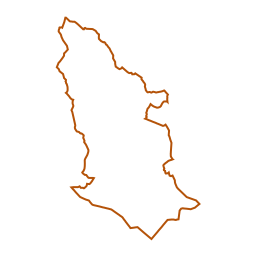 outline of Jølster nor, Sogn og Fjordane, Norway, rotated 89°
{"feature_id": "86288312B82743571298171", "entity_name": "Jølster nor", "entity_type": "district", "adm_level": 2, "iso_a3": "NOR", "parent_name": "Norway", "parent_adm1": "Sogn og Fjordane", "projection": "orthographic", "projection_center": [6.402, 61.569], "detail": "fine", "context": "isolated", "style": "outline", "palette": "amber", "viewbox_px": 256, "rotation_deg": 89, "n_neighbors": 0, "source": "geoboundaries", "source_scale": "gbopen_adm2", "svg_char_len": 5782}
<svg xmlns="http://www.w3.org/2000/svg" viewBox="0 0 256 256"><g transform="rotate(89 128 128)"><path d="M73.5,119.8L74.3,120.6L74.4,122.8L73.4,123.2L72.9,123.6L72.9,124.2L73.1,125.1L73.1,125.9L72.6,126.7L72.1,127.5L67.3,132.8L68.1,133.4L68.2,133.6L69.0,135.4L68.6,136.2L67.9,137.2L66.9,138.5L66.4,139.2L63.6,139.7L63.0,139.7L61.7,139.7L58.2,141.7L55.1,141.5L52.6,142.9L51.8,143.3L50.4,144.1L48.7,144.8L47.8,145.3L47.0,146.1L44.6,147.7L44.1,148.6L42.8,149.1L41.8,150.0L41.7,150.5L41.9,151.1L40.7,153.3L38.4,155.5L37.2,155.6L33.9,155.4L32.8,156.9L31.7,157.7L30.3,158.6L28.5,161.6L28.4,162.6L28.1,167.4L28.0,168.0L27.2,169.1L27.4,169.8L28.5,170.3L28.5,171.1L28.2,171.4L23.7,176.0L22.1,177.8L21.0,179.3L20.8,179.6L20.8,181.5L20.6,182.1L20.4,184.1L19.8,184.9L19.1,185.5L16.6,188.1L16.6,188.7L20.8,189.8L26.5,192.0L26.2,192.4L26.2,193.0L26.3,193.2L26.3,193.8L26.3,194.3L26.3,194.7L26.4,194.8L27.4,194.9L28.5,195.4L29.1,195.5L29.7,195.6L30.4,195.6L32.8,193.9L33.7,193.4L35.8,192.9L39.2,191.4L44.8,187.6L48.5,186.8L51.5,189.6L52.3,190.6L54.6,190.7L56.8,192.2L60.3,194.9L61.7,196.3L66.0,198.1L67.9,196.2L70.1,195.4L72.9,192.0L77.0,191.0L78.8,189.2L79.7,189.3L80.4,189.6L80.8,189.3L82.1,189.1L82.4,189.0L82.6,188.8L83.0,188.5L85.6,187.8L86.7,187.7L87.2,187.7L88.6,187.7L89.0,187.7L89.5,187.8L90.6,188.2L91.0,188.5L91.5,189.0L91.8,189.4L92.4,188.7L93.4,187.9L94.2,187.2L95.4,186.2L96.7,185.4L98.0,184.2L98.4,183.6L98.6,183.0L98.7,182.6L98.8,182.3L100.0,182.8L102.0,183.0L102.8,182.9L104.6,182.3L105.2,182.3L106.2,182.7L107.6,183.4L108.7,184.0L109.2,184.2L109.9,183.9L111.1,183.4L124.2,180.7L125.0,180.7L126.1,181.1L127.0,181.1L128.1,180.8L130.5,179.3L130.8,178.3L130.9,177.8L131.2,177.0L131.8,176.4L132.3,176.0L132.6,175.6L132.6,175.2L132.6,174.8L132.7,174.5L132.9,174.2L133.1,173.9L133.4,173.6L133.7,173.3L134.1,172.8L134.6,172.4L135.2,172.5L135.7,172.6L136.7,172.9L137.1,172.9L137.5,172.8L138.2,172.4L140.2,171.7L140.4,171.8L141.0,172.0L141.3,172.1L141.5,172.0L142.9,171.0L143.5,170.6L144.4,170.1L145.5,169.6L147.8,168.6L149.2,168.0L150.3,168.0L151.0,168.1L151.8,168.3L154.1,169.1L154.7,169.4L157.6,171.1L158.2,171.4L159.3,171.8L160.2,171.8L163.0,171.8L165.4,171.9L167.7,172.2L168.4,172.4L169.4,172.9L169.8,173.0L170.1,173.2L171.1,174.1L171.7,174.5L172.2,174.2L172.5,174.0L173.5,172.8L174.1,172.0L174.1,171.4L174.3,170.5L175.9,169.4L177.1,168.4L177.2,167.8L177.3,166.3L177.3,164.9L177.3,163.8L177.5,163.0L179.5,164.3L180.5,164.9L182.4,166.4L183.4,167.5L183.2,169.4L183.1,169.9L183.5,170.0L184.5,170.2L185.1,170.4L185.9,171.1L186.3,171.6L187.4,172.8L187.5,173.2L187.4,173.5L187.0,174.0L187.0,176.2L186.9,176.3L186.0,177.0L185.5,177.4L185.6,177.6L186.2,178.9L186.3,179.3L186.2,179.9L186.2,181.0L186.2,183.7L186.3,184.7L186.4,185.6L188.4,183.9L189.3,183.0L190.1,182.4L192.0,180.8L193.4,179.5L194.2,178.8L196.1,177.1L196.9,175.5L198.0,173.2L198.9,171.2L199.4,169.6L199.8,168.4L200.1,168.1L201.2,167.4L203.4,165.6L204.0,165.0L204.4,164.1L204.9,162.2L205.1,161.3L205.3,160.5L206.0,157.7L206.9,154.6L207.2,153.2L207.6,151.8L208.1,149.9L208.2,149.4L209.2,146.0L209.6,145.5L209.9,145.0L211.2,143.3L214.6,138.6L214.9,138.1L215.5,137.5L216.4,136.1L216.9,135.5L217.1,135.2L217.5,134.9L219.7,133.4L220.8,132.5L221.5,132.1L223.1,130.9L224.2,130.1L227.4,127.7L228.1,127.3L227.9,125.2L227.7,123.6L227.5,122.2L227.3,120.2L232.5,114.4L236.6,109.7L239.4,106.5L234.4,102.1L232.6,100.5L230.9,99.1L227.6,96.1L225.4,94.3L222.8,92.0L222.5,91.8L221.6,90.9L220.6,90.1L220.3,86.4L220.3,85.3L220.3,84.1L220.5,83.4L220.8,81.7L220.5,81.0L220.4,80.5L220.2,79.1L211.5,77.8L209.6,76.3L209.4,75.5L209.2,74.5L209.4,73.9L209.7,71.0L210.0,68.8L210.3,66.7L209.2,63.6L208.9,62.6L206.2,59.2L205.2,57.9L202.6,60.3L201.6,61.2L198.1,70.5L197.0,71.6L189.5,79.1L188.1,80.2L184.6,81.6L183.2,82.0L181.1,82.1L176.3,84.3L176.9,85.8L176.4,87.2L174.2,87.8L173.6,87.9L173.2,88.0L173.6,88.4L174.1,88.7L174.0,89.1L173.9,89.4L174.1,90.3L174.2,90.9L173.6,91.4L171.5,91.7L171.0,92.5L170.8,92.8L170.4,92.9L170.0,92.8L169.6,92.7L169.0,92.4L167.9,92.9L166.2,93.3L165.8,93.2L165.4,93.0L164.5,92.0L163.6,90.9L162.9,89.8L162.1,88.9L161.7,88.3L161.5,88.0L160.9,86.3L160.6,85.1L160.1,83.8L159.8,84.2L159.0,84.6L157.7,85.4L157.2,85.5L156.9,85.7L155.0,85.7L154.0,85.7L153.7,85.6L153.0,85.6L143.6,84.8L140.4,85.9L138.4,86.4L136.8,86.9L136.5,87.1L136.3,87.3L135.9,87.4L131.4,87.0L130.1,87.6L127.5,89.0L125.3,90.4L126.1,91.6L126.4,92.5L126.5,93.0L124.4,97.8L123.9,99.1L123.3,100.3L122.1,103.3L121.2,105.3L120.4,107.4L119.7,108.8L119.0,110.6L118.6,110.0L118.2,109.6L117.9,109.4L117.3,109.1L116.9,109.5L116.6,109.6L116.2,109.6L115.3,109.2L114.7,109.0L114.3,109.0L113.9,109.2L113.2,109.5L112.5,109.2L111.7,108.9L109.3,108.2L108.9,108.0L108.8,107.9L108.2,107.2L107.1,106.4L106.4,106.0L105.8,105.7L104.5,105.0L105.4,104.0L105.7,103.6L106.4,102.7L106.7,102.2L107.1,101.5L107.3,101.0L107.9,99.4L108.2,98.7L108.2,98.4L108.1,97.5L108.0,97.1L107.8,96.5L107.7,96.2L107.6,95.9L107.4,95.6L106.9,95.0L106.6,94.7L106.3,94.6L105.4,94.1L104.1,93.4L103.4,92.9L102.4,92.0L102.2,91.7L102.1,91.2L102.1,90.9L102.1,89.5L102.4,88.2L102.5,88.1L101.7,88.2L99.4,88.3L99.0,88.2L98.4,88.1L98.0,88.2L96.9,88.2L96.2,88.0L95.8,87.8L95.3,87.5L92.7,89.8L91.4,90.8L91.1,91.2L91.2,91.5L91.5,92.1L91.9,93.2L92.2,94.5L92.3,95.0L92.4,96.0L92.6,96.8L92.7,97.7L92.9,98.6L93.0,99.1L93.0,99.4L92.6,100.5L92.2,102.0L92.2,102.3L92.3,102.7L92.8,103.5L93.0,103.8L92.9,104.5L92.6,105.0L92.4,105.5L92.4,105.9L92.4,106.3L92.5,106.6L92.6,107.2L92.7,107.6L92.6,107.8L92.3,108.2L92.0,108.5L90.5,109.5L90.3,109.6L89.7,109.6L87.6,110.2L86.8,110.4L85.4,110.1L84.8,110.1L84.4,110.2L84.1,110.4L83.2,110.9L82.8,111.2L82.6,111.5L81.7,112.0L81.3,112.2L80.8,112.7L79.7,113.5L79.4,113.7L77.9,113.5L77.6,114.0L76.9,114.9L76.5,115.6L75.6,116.8L74.7,118.1L73.5,119.8Z" fill="none" stroke="#b45309" stroke-width="2"/></g></svg>